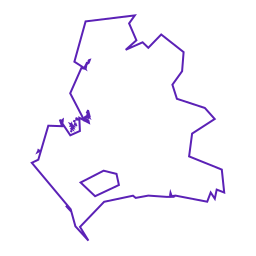 the district of Panamá, Panama
{"feature_id": "35544464B75623018343213", "entity_name": "Panamá", "entity_type": "district", "adm_level": 2, "iso_a3": "PAN", "parent_name": "Panama", "parent_adm1": "", "projection": "robinson", "projection_center": [-79.506, 9.204], "detail": "medium", "context": "isolated", "style": "outline", "palette": "violet", "viewbox_px": 256, "rotation_deg": 0, "n_neighbors": 0, "source": "geoboundaries", "source_scale": "gbopen_adm2", "svg_char_len": 1793}
<svg xmlns="http://www.w3.org/2000/svg" viewBox="0 0 256 256"><path d="M182.1,71.2L183.6,52.1L161.2,34.5L148.3,47.8L142.6,42.3L125.7,49.8L136.4,40.3L129.1,23.4L134.8,15.4L85.6,21.4L74.4,61.7L85.4,68.8L84.7,67.2L86.8,63.1L87.2,62.9L87.7,63.5L88.6,62.7L88.6,60.7L89.1,60.1L89.8,59.9L88.7,62.8L87.7,63.5L86.8,63.1L85.6,68.9L81.4,68.0L70.2,93.3L83.9,119.7L84.9,117.2L86.8,116.0L89.0,117.3L87.4,114.4L88.0,113.3L87.0,112.5L87.8,110.8L88.2,110.9L89.7,116.7L88.3,117.9L86.7,116.5L85.2,118.5L88.4,120.5L88.9,122.8L79.3,117.8L79.9,131.0L70.3,135.3L59.8,119.6L62.1,126.2L48.3,125.7L38.3,159.7L31.8,162.8L70.7,209.3L75.4,226.3L88.4,240.6L80.0,226.9L104.1,201.8L133.0,195.7L135.7,197.9L148.3,195.6L167.0,196.9L173.5,196.8L175.0,196.1L172.3,196.7L170.9,196.1L170.1,195.1L170.5,192.8L171.7,196.2L175.4,195.6L207.2,201.7L210.7,192.5L214.8,198.7L216.7,189.6L224.2,192.5L221.8,169.6L189.1,156.4L192.1,133.6L214.7,119.0L204.9,108.0L176.9,98.8L172.4,84.7L182.1,71.2ZM103.6,170.7L116.5,173.9L118.9,185.0L95.1,196.2L80.6,182.5L103.6,170.7ZM70.3,209.1L65.9,205.8L70.7,211.0L70.3,209.1ZM72.7,126.0L72.0,127.2L73.5,127.9L72.7,126.0ZM39.6,150.7L38.5,150.2L38.5,151.3L39.6,150.7ZM71.2,124.2L70.3,123.9L70.9,124.8L71.2,124.2ZM74.5,121.4L74.5,120.2L74.1,121.2L74.5,121.4ZM62.8,119.7L62.0,120.3L62.7,120.9L62.8,119.7ZM71.6,125.9L71.4,124.4L70.6,125.9L71.6,125.9ZM37.6,152.1L38.5,151.6L38.2,150.9L37.6,152.1ZM77.0,119.6L76.3,119.2L76.3,119.6L77.0,119.6ZM75.4,124.7L75.0,124.1L74.9,124.6L75.4,124.7ZM72.2,129.2L71.7,128.3L71.3,128.7L72.2,129.2ZM81.9,118.7L81.2,118.3L81.8,118.8L81.9,118.7ZM77.1,118.7L76.7,118.3L76.0,118.6L77.1,118.7ZM70.6,131.8L71.2,131.4L71.1,131.2L70.6,131.8ZM75.7,125.7L76.1,125.4L76.0,125.1L75.7,125.7ZM73.0,126.3L73.4,126.3L73.0,126.0L73.0,126.3Z" fill="none" stroke="#5b21b6" stroke-width="2"/></svg>